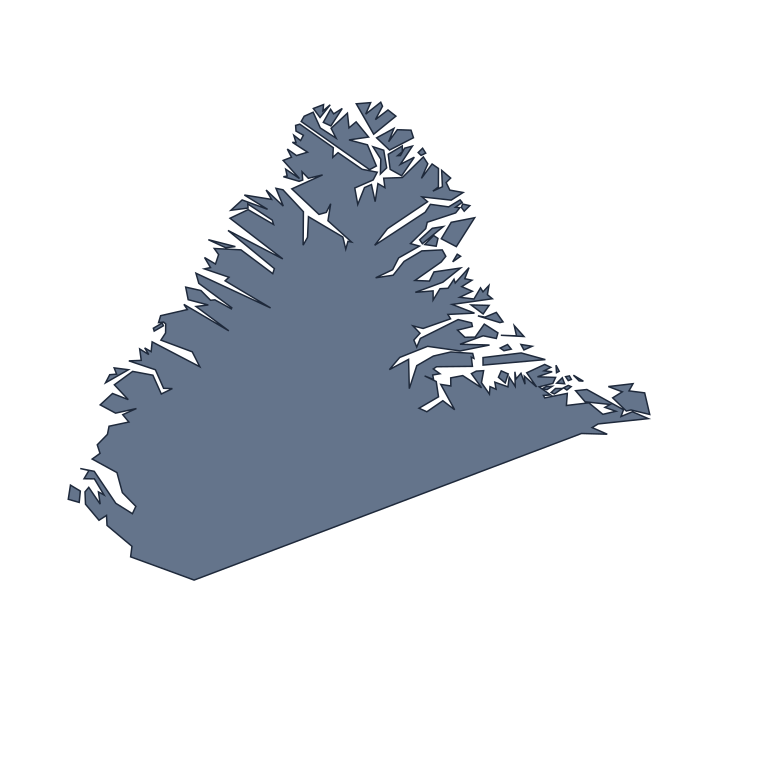 the border of Kommune Kujalleq, rotated 203°
{"feature_id": "GRL-2740", "entity_name": "Kommune Kujalleq", "entity_type": "state/province", "adm_level": 1, "iso_a3": "GRL", "parent_name": "Greenland", "parent_adm1": "", "projection": "orthographic", "projection_center": [-44.745, 61.276], "detail": "fine", "context": "isolated", "style": "filled", "palette": "slate", "viewbox_px": 768, "rotation_deg": 203, "n_neighbors": 0, "source": "natural_earth", "source_scale": "10m", "svg_char_len": 6203}
<svg xmlns="http://www.w3.org/2000/svg" viewBox="0 0 768 768"><g transform="rotate(203 384 384)"><path d="M549.7,125.9L552.6,136.1L583.7,145.6L588.1,154.6L593.1,147.2L611.8,156.7L617.1,167.9L615.4,173.5L598.3,162.5L604.7,173.1L598.4,172.5L613.5,183.5L623.1,179.6L621.8,189.1L630.6,187.5L616.6,190.4L584.3,169.4L564.9,166.3L564.6,174.4L582.4,181.8L595.2,198.1L623.3,200.9L618.3,209.2L624.2,216.0L618.9,229.6L620.6,237.7L604.0,249.3L612.5,253.7L602.3,264.7L619.7,252.3L637.1,253.9L630.2,269.2L613.3,269.7L631.9,277.9L620.3,297.4L600.2,301.8L585.1,287.8L577.0,297.1L585.2,293.9L600.0,307.8L627.9,305.6L616.7,310.9L622.6,320.8L612.0,319.2L618.4,323.7L611.0,322.8L613.9,332.2L560.3,327.9L573.1,338.7L606.5,337.2L605.0,345.6L608.4,354.0L611.0,354.9L615.5,352.4L616.3,359.6L594.1,375.7L599.3,379.1L547.6,372.3L587.3,381.9L576.6,388.1L597.2,385.1L604.4,395.7L589.0,398.5L576.4,393.3L572.5,395.4L553.9,393.5L553.9,394.7L593.8,404.3L600.4,412.5L518.1,409.7L570.6,416.9L568.4,421.7L594.3,419.8L589.2,423.4L598.6,430.3L586.0,428.6L586.8,438.5L593.2,442.4L568.1,451.6L529.5,442.1L530.0,447.4L587.6,464.4L526.0,459.6L590.5,476.4L577.2,491.4L548.0,487.7L550.9,491.2L579.7,496.5L577.9,492.8L592.8,484.1L586.5,498.0L559.4,499.3L586.4,503.4L559.6,510.0L568.3,516.5L546.2,508.4L559.9,521.9L552.9,523.3L525.5,511.1L512.7,480.2L511.7,489.1L518.9,508.5L479.3,503.2L471.9,493.2L472.9,501.2L469.4,502.0L499.4,512.4L503.5,529.1L504.2,519.4L510.1,514.7L545.1,527.6L522.2,552.5L534.0,543.8L542.3,547.3L538.5,540.0L541.3,537.4L557.6,535.5L554.4,537.6L558.4,543.3L542.1,540.1L564.2,550.4L557.8,556.6L564.8,562.5L553.8,560.1L545.0,567.5L562.8,570.7L559.3,571.8L564.2,577.7L555.9,575.5L555.4,581.5L563.8,582.4L566.4,587.5L563.0,590.3L523.0,581.7L519.7,572.6L516.7,579.0L488.1,573.1L473.0,576.3L473.7,567.6L487.5,553.0L478.3,539.0L478.7,557.2L473.5,562.7L463.4,548.4L467.9,566.1L459.9,565.1L464.7,573.3L447.8,581.2L436.5,608.4L429.7,603.8L429.9,587.9L425.7,605.3L418.1,603.7L410.9,586.6L414.4,580.6L407.3,588.4L414.4,603.2L403.1,599.6L405.5,593.7L399.2,588.2L386.0,591.2L394.0,579.5L422.1,571.1L415.1,568.8L441.5,528.3L446.8,508.0L413.2,558.2L411.5,567.5L393.7,572.3L385.9,583.2L383.0,581.7L387.3,574.6L383.1,575.9L384.9,569.5L407.4,549.8L406.3,543.3L414.5,523.6L405.2,524.8L419.8,505.8L420.7,492.6L433.2,478.5L418.1,487.7L413.4,504.7L401.2,521.3L382.8,530.2L377.0,525.7L379.0,518.7L396.0,491.4L382.4,496.5L381.8,506.7L358.8,520.7L369.6,500.7L391.0,480.6L375.2,488.9L371.6,480.5L369.7,493.6L362.5,497.1L360.5,507.8L357.9,504.8L351.2,524.3L350.8,512.5L343.6,513.9L350.5,504.0L338.9,503.9L348.2,493.4L334.4,497.4L332.7,510.2L328.9,507.5L325.9,515.7L323.7,506.6L317.6,504.8L352.3,483.9L328.4,484.6L352.4,473.0L348.2,470.0L369.7,450.4L380.0,448.8L370.7,444.8L373.7,436.1L368.3,430.8L368.3,440.2L340.9,472.3L327.2,474.5L325.1,471.5L337.4,462.3L327.8,458.6L318.4,462.8L315.1,478.3L299.1,475.6L298.4,469.8L311.6,467.1L329.6,450.3L302.1,461.1L326.8,444.2L358.6,435.7L379.9,414.6L384.7,399.3L371.0,416.3L358.9,389.6L361.0,413.7L349.5,429.0L335.0,439.6L314.3,446.8L311.2,442.7L314.1,442.8L309.5,434.8L342.4,420.4L344.5,417.1L336.5,415.3L342.7,411.3L340.1,407.5L349.8,407.3L336.9,406.7L328.8,393.5L342.3,375.4L333.7,375.2L323.3,391.6L308.9,387.9L331.6,405.8L321.7,408.3L325.0,415.7L314.8,422.5L292.7,418.6L307.6,427.7L304.1,431.9L297.5,435.2L294.8,423.3L283.0,415.9L285.4,423.0L278.8,423.0L282.7,429.0L268.8,429.8L271.4,439.2L262.3,433.1L268.3,446.4L264.4,440.3L262.1,447.4L254.1,438.9L257.9,446.1L242.4,440.9L257.0,450.1L243.7,464.8L237.0,464.5L241.8,458.7L234.0,461.0L245.6,450.6L228.6,457.1L228.8,450.5L240.1,442.0L226.3,439.0L232.8,435.8L230.6,434.0L211.6,447.0L207.7,435.5L188.1,446.7L170.7,441.6L159.9,449.5L171.5,448.8L167.9,453.5L191.9,446.2L205.0,452.7L195.1,458.2L153.5,453.9L153.1,446.7L144.5,455.5L127.2,455.4L171.3,430.9L175.4,425.2L158.9,425.0L182.9,415.6L482.2,129.3L549.7,125.9ZM481.0,575.7L562.8,593.3L562.1,599.3L555.4,606.5L542.7,594.8L524.2,591.6L532.6,598.7L523.5,619.0L516.3,606.1L512.1,614.4L494.7,605.3L511.6,595.0L492.7,597.7L476.2,581.7L481.0,575.7ZM491.1,609.9L519.0,631.1L506.2,637.8L506.3,625.2L497.1,642.1L493.9,639.1L495.2,624.0L487.4,637.8L477.7,635.2L491.1,609.9ZM161.6,469.9L176.5,469.3L154.9,481.6L155.8,473.4L140.6,477.7L127.5,459.8L146.5,456.6L150.4,453.8L168.1,460.6L161.6,469.9ZM269.8,466.2L245.0,469.5L300.2,440.1L303.2,447.0L269.8,466.2ZM388.0,540.1L385.3,559.1L365.5,572.5L371.1,538.7L388.0,540.1ZM457.2,609.1L450.8,614.1L454.8,592.5L444.7,604.6L449.1,582.6L462.2,584.0L469.9,597.1L460.2,610.3L457.9,605.0L460.7,599.5L458.1,600.7L457.2,609.1ZM487.0,607.7L474.7,623.2L474.4,608.8L471.1,623.3L458.3,628.2L453.1,622.2L470.3,601.5L487.0,607.7ZM273.7,482.4L295.5,474.5L280.8,480.1L286.9,488.6L273.7,482.4ZM542.1,601.1L540.5,616.0L535.9,613.0L530.1,621.3L533.7,600.8L542.1,601.1ZM618.3,155.9L629.6,154.5L633.1,168.4L621.7,166.8L618.3,155.9ZM475.6,599.1L466.0,584.0L469.4,575.9L474.8,589.7L486.9,598.1L475.6,599.1ZM583.0,447.6L602.1,448.2L574.5,452.4L583.0,447.6ZM640.8,276.3L640.1,285.4L634.0,288.6L638.7,293.4L624.8,297.3L640.8,276.3ZM318.0,497.4L320.1,487.2L334.7,490.8L318.0,497.4ZM324.2,483.4L317.2,485.0L308.6,493.8L298.7,487.7L301.3,485.8L324.2,483.4ZM390.9,552.1L403.5,528.1L407.5,530.7L400.4,546.2L390.9,552.1ZM396.3,540.1L391.2,539.1L389.8,531.2L401.0,528.3L396.3,540.1ZM556.7,610.0L548.8,617.6L546.9,611.5L542.6,620.0L547.0,604.3L556.7,610.0ZM272.8,432.3L281.3,434.9L281.2,441.9L273.6,441.8L272.8,432.3ZM291.1,462.5L285.7,468.6L280.5,465.8L286.6,461.5L291.1,462.5ZM262.4,476.6L268.5,470.0L273.4,473.9L262.4,476.6ZM222.3,459.4L217.8,454.8L225.3,452.3L222.3,459.4ZM201.6,464.5L205.6,463.1L213.1,466.1L201.6,464.5ZM374.7,581.7L377.7,574.4L381.9,576.9L381.9,580.4L374.7,581.7ZM435.8,612.8L439.2,608.9L443.0,610.4L440.6,616.1L435.8,612.8ZM609.8,351.4L616.2,342.9L618.1,345.2L612.0,353.5L609.8,351.4ZM368.5,523.3L367.3,532.1L363.4,531.5L368.5,523.3ZM217.9,449.6L223.3,441.4L226.8,441.5L224.4,446.9L217.9,449.6ZM229.6,461.8L233.0,468.5L227.7,464.2L229.6,461.8ZM217.2,450.7L213.8,454.7L210.7,454.7L213.3,449.9L217.2,450.7ZM213.3,461.4L215.7,459.1L219.7,461.7L216.5,463.9L213.3,461.4ZM228.3,447.6L231.8,442.4L236.1,441.9L233.6,445.1L228.3,447.6Z" fill="#64748b" stroke="#1e293b" stroke-width="1.5"/></g></svg>